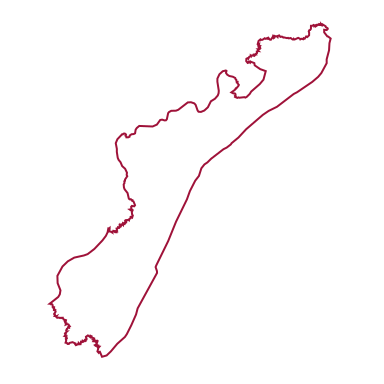 outline of Tha Uthen, Nakhon Phanom, Thailand, rotated 85°
{"feature_id": "78962969B23223373784889", "entity_name": "Tha Uthen", "entity_type": "district", "adm_level": 2, "iso_a3": "THA", "parent_name": "Thailand", "parent_adm1": "Nakhon Phanom", "projection": "mercator", "projection_center": [104.479, 17.636], "detail": "fine", "context": "isolated", "style": "outline", "palette": "rose", "viewbox_px": 384, "rotation_deg": 85, "n_neighbors": 0, "source": "geoboundaries", "source_scale": "gbopen_adm2", "svg_char_len": 5879}
<svg xmlns="http://www.w3.org/2000/svg" viewBox="0 0 384 384"><g transform="rotate(85 192 192)"><path d="M50.5,113.7L51.5,112.7L51.2,112.4L51.7,112.5L52.1,111.9L52.4,113.2L53.6,113.0L53.1,112.7L53.3,111.7L54.5,111.5L54.5,112.1L55.5,112.2L55.5,113.8L55.9,113.4L56.6,114.1L57.3,113.5L57.1,114.4L58.2,114.8L58.1,115.2L59.3,115.2L59.9,116.3L60.6,116.1L60.5,117.6L61.1,117.2L61.7,117.9L60.9,118.6L61.0,119.3L61.5,119.4L61.1,121.2L61.8,121.4L61.4,121.7L62.0,121.8L62.3,123.2L64.2,124.3L63.5,125.0L64.0,126.2L66.3,126.6L68.3,125.3L68.1,124.5L67.6,124.8L67.1,124.3L67.9,123.3L67.1,123.3L66.9,122.8L67.8,122.2L67.5,121.8L69.0,118.7L71.3,118.5L75.5,113.4L78.0,108.0L86.3,111.0L90.4,115.1L97.1,124.3L99.3,125.9L102.1,129.3L102.6,130.7L102.1,131.4L102.2,136.7L101.8,137.6L102.2,138.7L101.1,140.7L100.5,140.2L99.9,140.8L99.1,140.1L98.0,140.3L97.5,140.8L97.4,142.2L96.2,144.1L94.0,140.4L92.6,139.4L92.8,139.0L90.4,136.6L89.4,136.0L87.6,137.2L86.4,137.0L86.5,137.9L84.1,138.1L83.6,138.7L82.2,139.0L80.7,141.3L79.7,144.7L78.2,146.7L76.3,147.8L74.4,147.1L73.9,147.7L74.4,150.9L77.1,154.4L81.2,156.8L84.3,157.1L93.5,156.5L95.9,156.9L98.1,157.9L101.1,161.0L103.3,165.3L109.0,168.8L111.9,172.6L113.0,176.1L112.6,178.5L111.3,179.3L105.5,180.8L103.9,182.0L102.5,185.2L102.4,188.4L108.9,198.5L109.6,200.9L109.3,205.6L110.4,208.0L111.4,208.9L117.3,210.7L118.3,211.7L118.3,213.1L117.3,215.5L117.5,217.4L121.8,221.1L123.3,225.5L121.6,238.8L123.4,241.4L125.0,242.7L128.6,243.6L129.2,245.1L129.2,247.2L130.3,249.1L131.5,249.4L132.0,250.9L131.8,252.6L130.8,252.6L130.1,253.4L128.9,252.8L127.9,253.9L127.9,255.1L128.6,256.0L128.4,256.6L132.9,261.7L136.7,263.7L142.5,263.1L145.5,263.4L151.5,263.0L153.6,262.3L156.1,260.6L160.1,259.3L163.0,256.6L167.1,255.1L169.3,255.6L170.6,255.1L173.7,257.6L175.1,257.8L175.4,258.5L177.2,258.5L178.5,259.4L181.6,259.4L183.4,258.9L187.4,256.3L193.1,255.5L193.9,254.7L193.8,253.6L194.5,253.2L194.9,252.1L195.6,252.3L196.3,251.1L200.2,249.9L201.2,250.8L200.6,253.1L201.6,254.0L202.7,253.7L203.9,254.4L204.0,255.6L205.1,254.3L204.5,253.2L204.9,252.7L206.8,253.7L209.2,253.6L210.2,253.0L212.2,253.8L211.3,254.8L211.4,255.3L212.9,255.5L213.3,256.7L214.7,257.2L214.2,257.7L214.3,260.7L214.9,261.2L215.6,260.7L215.7,260.0L216.5,260.2L216.3,261.1L217.3,261.4L217.1,261.9L217.8,262.1L217.0,263.4L218.8,263.6L218.0,264.3L218.1,265.2L218.5,264.4L218.6,264.9L220.4,266.2L220.3,266.9L219.6,267.1L221.2,267.6L220.7,268.7L221.5,268.8L221.8,270.3L223.5,270.0L224.0,270.9L224.9,270.3L225.0,271.0L225.5,270.9L225.4,271.8L224.3,272.0L223.9,273.5L224.6,273.5L224.3,274.2L224.8,274.7L224.6,275.7L225.1,275.5L224.0,277.1L224.1,277.8L222.2,277.9L221.8,277.3L220.7,277.2L221.1,277.7L220.9,278.5L224.8,279.6L228.2,281.6L232.4,285.4L240.2,294.2L244.8,301.4L245.8,305.2L247.1,315.0L250.2,321.7L254.9,327.5L263.8,333.4L271.1,333.8L278.5,331.6L282.4,332.6L284.9,334.4L290.9,343.5L291.1,342.3L291.5,342.2L291.4,341.4L292.4,340.7L294.4,340.8L294.7,339.6L295.5,340.0L295.7,339.5L296.3,339.6L295.9,339.1L296.7,339.6L297.5,338.6L297.9,339.1L298.1,338.6L299.4,338.3L301.2,339.8L301.7,339.4L302.2,339.8L303.0,338.8L302.8,338.3L303.6,339.2L303.7,338.5L304.2,338.3L304.0,337.8L304.4,338.1L305.4,337.5L305.6,338.0L305.5,335.6L306.1,334.4L305.8,333.4L306.3,332.6L306.0,331.7L307.8,331.0L308.7,328.7L309.7,329.0L309.9,330.0L311.5,329.5L311.7,328.7L313.1,329.3L312.7,328.0L313.2,326.6L315.2,325.5L315.4,326.7L316.4,326.5L316.1,327.3L317.5,328.2L317.5,328.6L318.9,329.4L320.1,329.1L320.1,328.7L321.4,330.4L322.1,330.1L322.2,330.8L323.3,330.5L323.8,331.0L324.3,330.1L324.6,330.7L324.8,329.8L326.0,329.6L325.8,330.2L327.1,329.7L327.4,330.5L329.2,330.3L331.1,331.1L331.7,329.5L332.5,329.2L332.6,327.9L331.7,327.3L331.2,324.1L332.7,321.4L333.4,321.7L334.3,321.1L334.0,320.7L334.3,320.2L333.6,319.2L333.8,318.4L332.6,318.1L333.8,317.2L333.9,316.3L331.3,315.6L331.3,314.5L331.9,314.5L331.7,313.6L331.0,313.6L331.5,313.0L330.3,311.9L331.2,311.3L331.0,310.8L329.7,310.7L329.6,309.9L328.8,309.8L328.1,310.0L328.1,311.0L327.9,310.2L327.0,310.3L325.8,308.2L327.8,305.9L326.4,305.6L327.0,304.6L328.1,305.2L328.9,303.0L329.7,302.9L329.6,302.2L330.0,302.2L330.5,303.3L331.0,302.3L332.1,303.2L332.3,302.0L331.5,301.5L332.2,300.4L331.8,299.5L332.2,299.0L334.0,299.8L333.9,300.5L335.3,300.1L336.1,302.1L336.9,301.4L336.8,298.7L337.6,298.7L337.9,297.6L338.3,298.0L337.9,299.8L339.6,299.0L342.6,300.1L344.0,299.0L343.2,298.5L343.1,297.7L348.3,296.0L347.4,291.3L343.7,286.7L336.7,279.7L330.6,271.5L327.9,269.3L319.3,264.0L309.1,258.4L303.2,256.3L269.6,233.9L267.8,233.8L263.6,234.8L262.0,234.0L238.8,220.0L220.2,210.5L198.9,197.7L190.9,194.0L181.0,187.8L176.6,183.7L169.2,180.6L165.6,177.2L163.9,174.1L160.5,170.0L152.1,156.9L150.8,153.6L148.0,149.2L146.8,148.3L141.8,141.0L134.2,132.6L121.4,114.8L117.9,108.6L114.5,99.9L103.2,82.1L101.8,78.7L92.8,62.6L88.3,56.3L84.8,52.8L75.4,46.6L71.6,46.3L62.7,43.1L55.7,42.1L51.2,40.5L49.0,42.8L48.8,43.6L44.5,46.4L41.9,46.2L42.4,43.7L41.3,42.5L40.6,42.7L39.4,44.3L38.5,44.5L36.3,47.5L37.0,47.7L36.6,48.1L36.9,48.4L36.4,48.7L36.8,48.7L36.3,49.7L36.8,49.6L36.7,50.5L36.4,50.7L35.9,50.2L35.7,50.8L36.2,51.5L36.6,51.4L36.5,52.2L35.8,52.8L36.3,52.5L36.3,53.0L37.2,53.2L37.7,54.2L37.0,54.1L37.3,55.4L36.7,55.1L36.8,55.7L36.2,56.3L36.9,57.7L36.8,59.0L39.8,59.3L40.9,60.2L41.1,61.1L42.2,61.7L43.5,61.4L46.1,61.7L47.7,63.7L47.0,64.7L49.1,66.4L48.5,67.4L49.5,67.9L48.9,69.6L49.4,70.8L48.8,71.0L47.7,72.8L48.9,76.1L49.0,76.8L48.3,77.3L48.9,77.7L48.8,78.5L47.2,80.3L47.4,82.2L46.8,82.9L47.0,83.9L45.9,87.2L46.1,87.6L45.0,88.9L45.2,90.4L43.6,91.5L44.0,92.9L45.1,93.2L44.2,94.0L44.3,95.0L43.8,95.9L44.8,96.3L44.0,97.0L45.0,97.4L44.0,97.8L44.8,98.2L45.5,97.9L45.4,98.7L47.2,100.2L46.9,101.3L45.5,102.2L46.1,102.8L45.8,104.2L45.3,103.9L45.8,105.6L45.2,106.2L46.5,108.5L46.5,109.8L46.1,110.2L46.4,110.4L45.8,110.8L47.0,110.7L46.3,111.1L47.3,112.5L50.5,113.7Z" fill="none" stroke="#9f1239" stroke-width="2"/></g></svg>